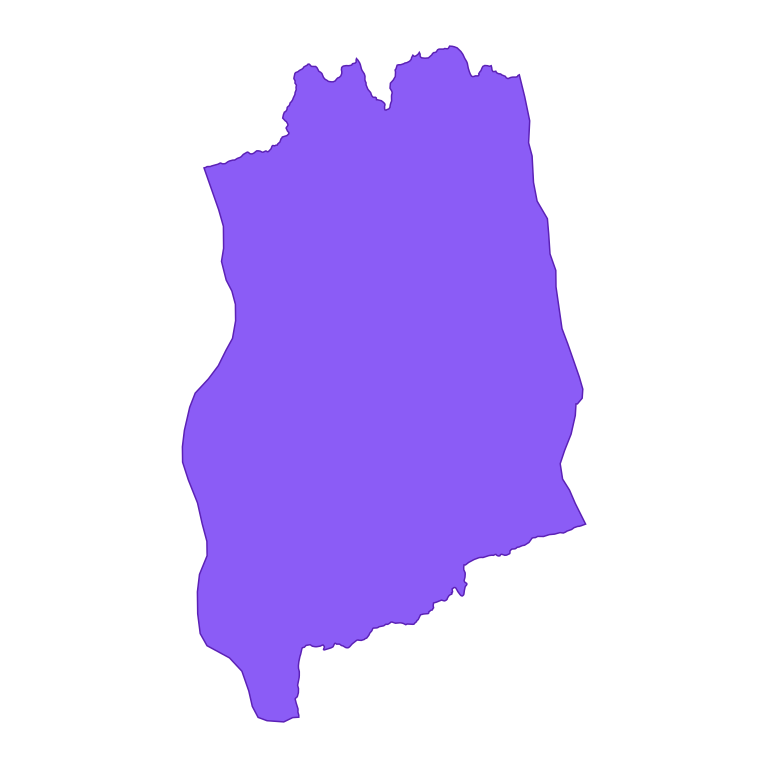 outline of Adobha, Semenawi Keyih Bahri, Eritrea
{"feature_id": "51966322B26139601177216", "entity_name": "Adobha", "entity_type": "district", "adm_level": 2, "iso_a3": "ERI", "parent_name": "Eritrea", "parent_adm1": "Semenawi Keyih Bahri", "projection": "albers", "projection_center": [38.096, 17.204], "detail": "fine", "context": "isolated", "style": "filled", "palette": "violet", "viewbox_px": 768, "rotation_deg": 0, "n_neighbors": 0, "source": "geoboundaries", "source_scale": "gbopen_adm2", "svg_char_len": 5969}
<svg xmlns="http://www.w3.org/2000/svg" viewBox="0 0 768 768"><path d="M519.3,74.8L518.0,75.5L517.4,76.6L515.9,77.1L512.7,77.1L510.9,77.4L508.0,78.6L506.2,77.8L505.4,76.4L501.8,74.9L500.7,74.0L498.2,73.6L496.5,72.6L495.8,71.2L493.9,71.6L492.9,71.5L492.0,69.9L491.7,67.6L491.2,65.7L489.5,66.3L487.4,65.7L484.8,65.5L482.9,66.4L482.0,68.0L480.9,70.7L479.9,71.8L478.7,73.8L479.1,74.7L478.1,75.9L475.1,75.9L474.3,76.4L472.6,76.6L471.5,76.1L470.4,74.3L469.5,72.1L468.3,68.3L467.3,63.2L466.6,61.5L464.7,58.3L462.9,54.4L460.9,51.5L457.2,47.9L454.4,46.8L452.2,46.3L449.6,46.1L448.3,48.4L447.3,48.8L444.7,48.5L443.5,49.1L439.0,49.1L437.6,49.8L436.3,51.9L434.9,52.5L433.7,52.6L432.6,53.5L431.7,55.0L428.4,57.9L425.0,58.2L421.5,57.8L420.5,56.9L420.1,55.8L420.1,54.1L419.3,52.4L418.4,53.9L416.4,55.6L415.0,56.3L413.9,56.2L412.9,55.2L411.6,57.6L411.2,59.4L409.6,61.2L407.0,62.6L404.7,63.1L404.0,63.6L400.8,64.7L398.3,64.8L397.1,65.2L396.0,68.8L395.1,70.0L395.5,72.0L395.3,76.5L393.2,80.1L390.4,83.2L390.0,88.2L391.8,91.2L392.2,93.0L391.6,94.9L391.5,96.3L391.6,101.0L390.8,102.9L390.3,104.7L389.9,107.5L388.6,109.1L387.3,109.4L386.1,110.1L385.0,109.9L384.6,108.6L384.6,106.3L385.0,104.8L384.6,103.5L383.2,102.1L381.3,100.7L377.2,99.7L376.5,99.7L376.3,97.9L375.5,97.3L373.4,97.3L372.6,96.8L371.7,95.6L370.6,92.5L367.9,89.3L366.1,84.9L366.0,82.6L365.3,81.3L364.9,79.7L365.0,76.2L364.3,73.9L362.0,70.3L361.4,68.8L360.3,64.5L359.6,62.8L357.9,60.1L356.5,58.6L356.1,60.0L356.2,62.0L355.1,63.1L352.5,63.7L351.7,65.0L350.8,65.3L348.8,65.7L346.1,65.6L343.2,66.1L341.7,67.4L341.4,69.8L341.8,71.7L341.7,73.7L340.8,75.9L339.4,77.3L337.6,78.0L336.4,79.3L335.2,80.9L333.2,81.8L331.2,81.8L328.4,81.4L327.1,80.4L325.1,79.3L323.5,77.4L321.9,73.5L320.5,72.2L318.9,71.3L317.0,67.7L315.7,66.5L311.4,66.4L309.4,64.2L308.1,64.1L307.1,65.2L303.9,66.9L303.0,68.3L302.0,69.1L299.3,70.5L298.1,71.6L295.6,72.6L294.9,73.5L294.0,77.6L293.9,78.7L295.1,80.8L295.0,83.2L296.1,84.6L296.4,85.4L296.0,87.3L296.2,89.7L295.1,92.5L294.9,94.5L293.3,97.9L292.6,99.8L291.3,101.8L290.3,102.6L289.3,105.5L287.5,107.0L287.1,107.8L287.0,109.5L285.6,111.6L284.4,112.1L283.4,114.7L282.7,118.1L285.4,121.0L286.4,121.6L287.9,124.3L287.8,125.6L286.3,127.5L286.1,128.1L287.0,129.9L287.3,130.8L288.8,132.6L288.8,133.8L286.9,135.6L282.3,137.0L281.9,137.9L281.1,138.7L279.9,142.0L277.8,143.9L277.2,145.1L275.9,145.2L274.7,145.8L272.8,145.5L272.0,146.2L271.1,148.7L269.0,151.0L267.9,151.8L267.0,151.6L266.4,151.1L265.6,151.0L263.1,152.2L262.3,152.2L260.1,151.1L258.0,150.8L256.6,150.9L253.7,153.2L252.3,153.8L251.1,153.9L249.9,153.7L248.9,152.8L247.8,152.1L246.9,152.3L243.3,154.4L241.4,156.5L240.3,157.3L237.3,158.4L234.6,160.1L232.8,160.1L229.4,161.0L227.8,161.8L225.3,163.6L223.3,163.8L222.5,163.8L220.8,163.1L220.1,163.1L218.0,164.2L211.8,165.9L210.4,166.5L207.1,166.6L205.7,167.4L204.0,167.9L218.7,209.8L223.4,226.3L223.6,248.3L221.5,261.4L226.2,280.1L231.9,291.1L235.4,304.3L235.6,320.8L232.5,338.4L225.9,350.4L218.3,365.7L208.4,378.9L195.2,393.1L189.7,407.3L184.4,430.3L182.4,446.8L182.6,462.2L188.3,479.8L197.5,502.9L202.2,523.8L206.9,541.4L207.1,555.7L199.5,574.3L197.4,591.9L197.7,613.8L200.2,633.6L207.0,645.7L229.5,657.9L241.9,671.2L248.8,691.0L252.3,706.4L258.1,717.4L267.0,720.7L283.8,721.9L292.7,717.6L298.8,717.2L298.8,715.2L297.9,712.0L298.0,710.6L298.0,708.9L296.1,702.8L295.2,699.1L295.3,698.5L297.3,696.7L298.4,692.7L298.5,688.6L297.6,685.3L299.1,677.8L299.3,675.6L299.3,671.6L298.5,668.4L298.4,665.8L298.8,662.0L299.9,656.6L300.7,654.1L301.9,648.7L302.4,647.7L304.4,647.2L306.1,645.4L310.2,644.7L312.3,646.2L315.0,646.7L316.9,646.7L320.3,646.1L321.9,645.3L322.8,645.0L323.1,645.0L324.3,646.5L324.4,647.1L323.5,649.3L323.6,649.7L324.4,649.9L330.9,647.9L332.3,647.2L333.1,646.7L334.3,644.1L334.7,643.5L335.1,643.3L335.8,643.5L336.5,644.1L339.6,644.1L341.4,645.5L343.0,645.9L345.6,647.5L347.0,647.8L347.8,647.8L348.5,647.6L349.6,646.8L352.2,643.9L356.7,640.3L358.1,639.9L358.6,640.2L361.3,640.4L364.4,639.4L365.2,638.6L366.7,638.1L368.9,635.2L369.7,633.3L371.9,630.7L372.7,628.7L373.0,628.3L373.4,628.1L376.7,627.9L377.8,627.6L379.2,626.7L383.3,625.9L384.2,625.5L385.7,624.3L387.8,624.3L389.9,623.1L390.5,622.3L391.9,622.0L395.4,623.2L399.9,622.8L401.2,622.9L403.2,623.4L405.8,624.7L407.2,624.0L412.8,624.3L413.9,624.2L415.0,622.9L416.5,621.7L416.9,620.6L418.2,619.6L420.5,614.8L423.6,614.0L428.1,613.6L428.7,613.1L429.0,611.7L429.7,611.3L430.8,610.3L432.2,610.0L432.7,609.2L432.7,608.8L433.6,607.8L433.2,605.9L433.5,603.0L436.6,602.1L441.5,600.1L444.2,600.9L445.2,600.7L446.4,600.0L447.1,599.3L447.3,598.5L448.2,596.8L449.2,595.4L450.5,594.6L451.6,594.2L451.9,593.9L452.0,593.5L451.6,592.5L452.4,592.2L452.6,591.8L452.1,589.2L452.3,588.7L452.6,588.7L453.7,587.7L454.9,587.5L455.9,588.1L457.9,591.7L460.0,594.5L460.9,595.5L461.8,595.9L462.5,595.9L463.5,595.0L463.9,594.1L464.4,590.3L465.1,587.1L465.6,586.1L466.7,584.8L466.9,584.0L466.6,583.3L465.1,582.4L464.6,581.8L464.1,580.7L465.0,577.1L465.2,574.1L465.1,572.7L463.8,569.8L463.7,567.7L464.0,564.9L465.5,564.9L468.7,562.4L474.1,559.5L479.2,557.6L481.1,557.4L483.0,557.5L488.9,555.6L491.6,555.2L493.6,555.3L494.8,554.6L495.6,554.4L496.0,554.4L496.7,555.2L497.5,555.7L498.8,556.0L499.9,555.8L500.5,554.6L501.3,554.3L502.6,554.5L504.8,555.3L506.6,555.1L509.6,553.7L509.9,553.2L510.0,551.0L510.7,550.1L511.9,549.1L515.1,548.8L516.3,548.1L517.1,547.3L519.1,547.0L522.3,545.6L524.6,545.2L529.0,542.4L532.0,538.2L533.3,537.7L535.4,537.6L537.7,536.4L543.5,536.5L549.4,534.6L554.7,534.1L560.0,532.6L563.4,533.0L565.5,532.1L567.0,531.1L571.6,529.5L574.0,527.7L577.7,526.4L579.2,526.3L581.0,525.8L585.6,524.1L575.2,503.3L569.5,490.1L562.6,479.1L560.2,463.7L564.6,450.5L571.1,434.1L575.3,415.5L576.0,403.9L577.4,403.9L582.2,398.2L582.8,389.1L579.3,377.0L567.8,344.0L562.0,328.6L556.0,286.8L555.8,270.4L550.0,253.9L548.7,234.1L547.4,218.7L537.1,201.1L533.5,182.4L532.1,156.0L528.6,142.8L529.7,120.8L524.7,96.7L519.3,74.8Z" fill="#8b5cf6" stroke="#5b21b6" stroke-width="1.5"/></svg>